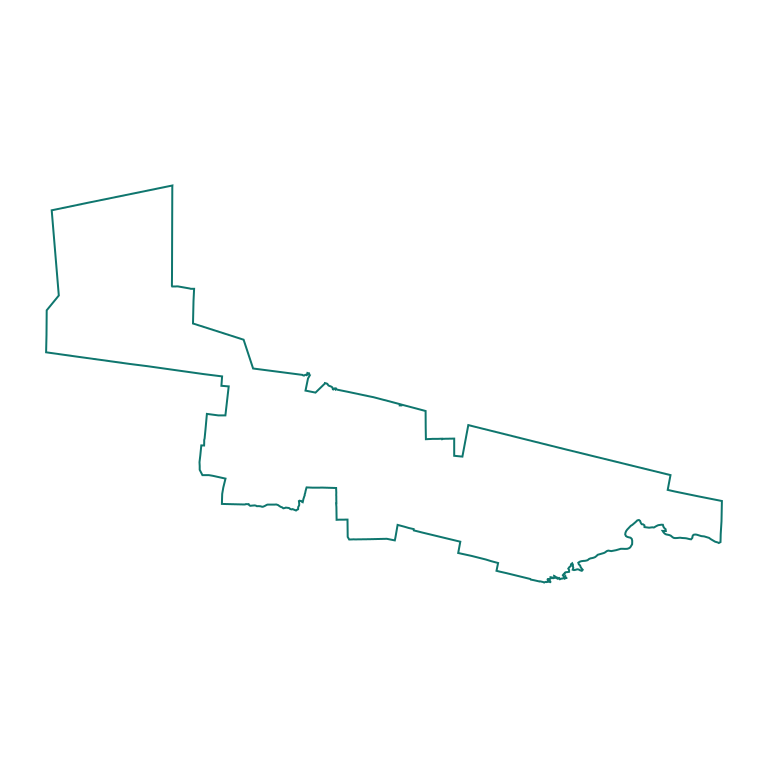 Tulumba, Córdoba, Argentina
{"feature_id": "61730980B98199782535920", "entity_name": "Tulumba", "entity_type": "district", "adm_level": 2, "iso_a3": "ARG", "parent_name": "Argentina", "parent_adm1": "Córdoba", "projection": "equal_earth", "projection_center": [-63.376, -30.11], "detail": "fine", "context": "isolated", "style": "outline", "palette": "teal", "viewbox_px": 768, "rotation_deg": 0, "n_neighbors": 0, "source": "geoboundaries", "source_scale": "gbopen_adm2", "svg_char_len": 5879}
<svg xmlns="http://www.w3.org/2000/svg" viewBox="0 0 768 768"><path d="M87.2,202.9L51.7,210.3L58.8,295.5L46.7,310.3L46.5,334.8L46.1,352.3L73.8,356.2L129.4,363.9L147.6,366.2L180.2,370.8L203.7,374.1L222.1,376.4L221.4,385.8L228.7,386.4L225.4,415.4L218.3,415.4L206.9,413.9L206.2,421.6L205.5,429.4L204.6,438.5L204.2,440.0L204.2,442.6L204.1,445.5L201.3,445.4L200.3,455.4L199.5,462.2L199.7,466.0L199.7,469.8L202.4,475.1L208.7,475.1L212.8,475.8L225.5,478.6L223.3,487.5L222.2,493.9L222.0,500.2L221.9,503.9L224.4,504.0L244.9,504.5L245.9,504.1L247.9,504.2L248.6,504.1L249.2,505.1L250.2,505.8L252.2,505.6L254.5,505.4L255.8,505.6L256.9,506.2L258.6,506.1L260.6,506.3L262.2,506.8L263.4,506.6L265.3,505.7L266.7,504.9L267.6,504.6L269.5,504.6L270.9,504.6L274.2,504.6L276.4,504.5L278.1,505.1L279.2,505.9L280.6,506.8L282.2,507.4L283.3,508.3L284.9,508.0L285.8,507.6L288.1,507.9L288.9,508.0L289.7,508.5L290.3,509.1L291.0,509.2L291.8,509.4L292.6,509.1L296.0,510.5L296.5,510.0L297.5,509.6L298.1,509.2L298.2,507.1L298.7,506.2L299.2,505.1L299.2,504.0L299.1,502.4L298.9,501.1L299.5,500.7L300.3,501.0L301.0,500.9L301.6,501.2L301.9,501.8L302.7,502.2L302.9,501.4L303.4,499.1L304.3,496.3L304.7,495.4L304.7,494.3L305.1,493.4L305.6,490.9L306.3,488.3L306.6,487.4L308.6,487.5L313.3,487.7L315.6,487.7L322.4,487.6L336.1,488.0L336.3,492.7L336.2,495.4L336.3,495.9L336.3,499.2L336.4,503.3L336.1,503.3L336.4,506.8L336.6,519.8L338.7,519.7L347.5,519.6L347.7,536.9L349.2,539.5L352.6,539.4L353.3,539.3L354.9,539.4L369.5,539.2L386.8,538.8L394.8,540.4L395.4,537.6L396.2,533.0L397.6,524.9L404.4,526.7L408.8,528.0L413.7,529.1L413.8,530.4L416.2,531.0L419.8,531.9L421.3,532.3L424.2,533.0L460.3,541.7L458.2,553.0L471.5,555.9L485.8,559.5L491.3,561.2L498.1,563.0L496.5,570.8L499.2,571.5L506.3,573.1L530.4,579.0L530.8,579.6L533.9,580.2L539.6,581.5L539.9,581.3L543.0,582.0L544.1,582.5L544.3,582.5L544.7,582.2L545.7,581.9L546.7,582.1L547.4,581.9L548.1,581.8L548.4,581.8L548.8,581.7L549.2,581.7L549.7,581.9L550.0,582.1L550.3,582.1L550.4,581.8L550.1,581.1L549.8,580.7L549.6,580.7L549.2,580.7L548.9,580.7L548.3,580.8L548.1,580.7L547.9,580.5L547.7,580.1L547.6,579.4L547.7,579.2L547.9,579.0L548.9,579.0L549.2,579.1L549.6,579.1L550.0,579.0L550.1,578.8L550.4,578.0L550.5,577.7L550.5,577.3L550.5,577.2L550.9,577.2L551.1,577.3L551.3,577.6L551.5,577.6L551.8,577.5L552.0,578.1L552.5,578.0L552.8,578.0L553.1,578.2L553.3,578.2L553.7,578.0L554.4,577.9L554.5,577.9L554.5,577.7L554.6,577.3L554.4,577.3L554.3,577.2L554.3,576.9L554.6,576.8L554.5,576.7L554.2,576.4L554.1,576.0L554.1,575.9L554.4,576.0L555.6,576.9L555.8,577.0L556.0,577.1L556.3,577.5L556.4,577.9L556.4,578.0L556.9,578.3L556.9,578.2L556.7,577.8L556.7,577.6L556.9,577.5L557.0,577.5L557.4,577.9L557.9,578.2L558.5,578.2L558.9,577.9L559.1,577.9L559.3,578.1L559.4,578.4L559.4,578.5L559.0,578.7L559.0,578.8L559.4,579.1L559.8,579.3L560.3,579.1L561.2,578.7L561.7,578.6L562.2,578.6L563.2,578.2L563.8,578.3L564.4,578.6L564.6,578.2L564.8,578.1L565.4,578.3L566.1,578.0L566.4,578.0L566.4,577.9L565.6,577.3L565.5,577.0L565.4,576.5L565.1,576.9L564.7,576.8L564.2,576.5L563.7,576.3L563.6,576.2L563.6,575.8L563.4,575.9L563.0,575.5L562.8,575.3L562.8,575.2L563.0,575.0L563.3,575.0L563.5,574.7L563.9,574.5L564.0,574.4L563.8,574.0L563.9,573.9L564.0,573.8L564.3,573.7L564.6,573.5L565.2,572.8L565.1,572.6L565.9,572.2L567.5,572.1L569.1,571.8L569.1,570.0L568.3,568.6L569.3,567.2L570.7,566.1L571.0,564.3L572.2,563.3L572.9,564.7L572.9,566.4L573.3,567.9L572.7,569.7L574.0,570.1L575.6,569.8L577.2,569.3L578.7,569.5L580.2,570.3L581.8,570.8L582.7,569.8L581.6,568.5L580.6,567.0L580.1,565.5L578.8,564.3L578.3,562.7L579.8,561.7L581.3,561.2L583.6,560.9L584.3,560.9L585.7,560.7L587.6,560.2L588.9,559.1L590.4,558.4L592.0,558.1L593.6,557.7L595.1,557.1L596.5,556.0L597.7,554.8L603.2,553.2L603.9,553.0L605.4,552.2L606.6,551.2L608.2,550.6L611.3,551.1L616.0,550.2L620.8,548.8L623.0,548.8L624.9,548.9L627.3,548.8L628.8,548.3L630.2,547.4L632.1,544.3L632.2,542.3L632.2,540.6L631.7,538.8L630.5,537.7L629.1,537.4L627.3,536.9L625.9,536.0L625.2,534.4L625.5,532.6L626.2,531.0L627.2,529.6L630.8,525.8L632.3,524.9L635.1,522.5L636.1,521.6L637.3,520.4L638.9,520.0L640.1,520.9L640.7,522.7L641.7,524.2L643.2,524.4L644.4,525.3L644.5,527.1L649.1,527.7L652.3,527.3L653.9,527.5L656.5,526.0L658.2,525.2L661.4,524.7L662.9,524.8L663.4,526.7L664.6,528.4L665.6,529.2L665.8,531.0L662.6,530.9L663.5,532.3L664.7,533.6L666.1,534.4L668.1,534.8L669.4,535.1L670.8,535.7L672.2,536.9L673.5,537.8L675.0,538.1L677.3,538.0L680.0,537.7L682.2,538.0L685.5,538.2L686.7,538.4L689.5,539.1L691.1,539.3L692.3,537.9L692.6,536.0L693.5,534.8L695.2,534.5L696.8,534.7L701.3,536.1L704.2,536.4L709.1,537.9L710.7,539.1L715.1,541.7L717.9,542.5L718.8,543.0L720.5,542.1L720.6,538.3L720.7,534.1L721.5,521.2L721.9,501.0L698.6,496.4L674.8,491.5L667.7,489.9L670.5,475.1L565.7,449.4L468.3,425.1L462.4,456.6L454.2,455.8L454.2,438.6L443.3,438.8L442.6,439.1L442.1,439.2L442.0,438.7L437.0,438.9L432.1,438.9L425.9,439.2L425.7,427.2L425.6,411.0L401.5,404.6L401.4,405.4L399.7,405.4L399.7,404.1L373.5,397.2L368.1,396.1L347.8,391.8L340.8,390.4L337.0,389.6L336.7,389.4L336.1,388.5L335.8,388.3L335.5,388.4L335.4,388.5L335.3,388.8L335.2,389.3L334.6,388.8L334.4,388.6L334.1,388.9L333.9,388.9L333.7,388.8L333.6,388.7L333.4,388.7L333.4,389.0L333.2,389.2L333.1,389.4L332.9,389.3L332.9,389.0L332.7,388.7L332.6,388.2L332.5,387.8L332.3,387.4L332.0,387.1L330.6,386.3L329.9,386.1L329.5,386.0L328.4,385.4L327.3,383.8L326.2,383.5L326.0,383.3L325.0,383.1L325.0,383.4L315.5,392.6L305.5,390.6L308.0,378.5L309.8,375.3L309.3,375.1L309.2,373.8L308.9,373.2L308.0,373.3L307.4,373.0L307.2,373.6L307.3,374.3L307.1,374.8L306.7,375.2L306.1,374.9L305.4,374.8L304.6,375.2L304.0,375.6L302.7,375.2L302.5,374.9L253.1,368.5L243.6,339.7L193.0,323.5L193.5,301.2L194.1,288.8L190.7,288.8L189.8,288.5L177.9,286.4L172.2,286.5L171.9,286.0L172.0,276.3L172.3,187.0L172.4,185.5L87.2,202.9Z" fill="none" stroke="#0f766e" stroke-width="2"/></svg>